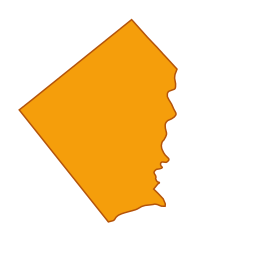 Clark, Missouri, United States of America, rotated 50°
{"feature_id": "52423323B73232877259314", "entity_name": "Clark", "entity_type": "district", "adm_level": 2, "iso_a3": "USA", "parent_name": "United States of America", "parent_adm1": "Missouri", "projection": "orthographic", "projection_center": [-91.584, 40.431], "detail": "fine", "context": "isolated", "style": "filled", "palette": "amber", "viewbox_px": 256, "rotation_deg": 50, "n_neighbors": 0, "source": "geoboundaries", "source_scale": "gbopen_adm2", "svg_char_len": 1510}
<svg xmlns="http://www.w3.org/2000/svg" viewBox="0 0 256 256"><g transform="rotate(50 128 128)"><path d="M47.3,55.6L44.7,181.7L44.2,199.7L187.3,203.4L189.4,199.0L189.6,197.8L189.4,196.8L188.7,194.7L188.6,192.5L188.7,191.2L189.6,188.0L190.8,185.0L195.3,175.1L196.0,173.0L196.9,168.0L198.3,164.7L201.4,160.0L202.8,157.8L203.3,156.7L203.8,156.1L205.5,154.7L208.6,153.1L209.5,152.5L211.8,149.9L210.8,148.8L209.8,148.1L204.9,146.6L197.4,147.0L191.3,147.6L190.0,140.9L190.2,139.9L190.2,139.3L190.0,139.1L189.6,139.1L188.4,139.9L187.0,140.1L184.7,139.5L184.3,139.1L184.0,138.6L183.5,138.1L182.0,137.4L180.6,137.3L179.3,136.9L178.6,136.5L178.1,135.4L177.9,134.0L178.0,132.7L179.6,130.0L180.4,128.0L180.3,127.3L180.1,127.0L178.5,127.1L177.2,126.8L176.0,125.7L175.8,125.1L175.8,124.1L176.3,123.3L178.1,121.6L178.8,120.9L179.0,120.2L179.1,119.3L178.9,117.6L178.5,117.0L178.1,116.7L177.4,116.5L172.6,116.9L169.8,116.6L166.3,115.7L165.1,115.2L162.9,113.8L161.1,111.6L160.7,110.8L160.4,110.0L160.2,108.2L159.0,104.9L157.8,102.8L156.6,101.7L152.3,99.6L150.9,98.6L149.6,97.6L148.8,96.6L148.2,95.4L147.9,93.7L147.9,92.5L149.0,88.7L149.3,85.5L148.9,83.4L148.6,82.7L148.0,82.1L147.0,81.6L143.0,80.8L137.8,79.3L132.6,78.5L129.3,77.7L127.1,75.9L126.4,74.8L126.2,73.9L126.2,72.8L128.0,67.8L128.1,67.0L127.8,66.1L127.0,65.1L124.7,63.1L119.8,60.3L118.3,58.8L117.2,57.6L114.4,52.6L96.6,53.4L93.6,53.6L92.1,53.6L87.8,53.8L84.4,53.9L82.0,54.1L70.7,54.8L48.5,55.5L47.3,55.6Z" fill="#f59e0b" stroke="#b45309" stroke-width="1.5"/></g></svg>